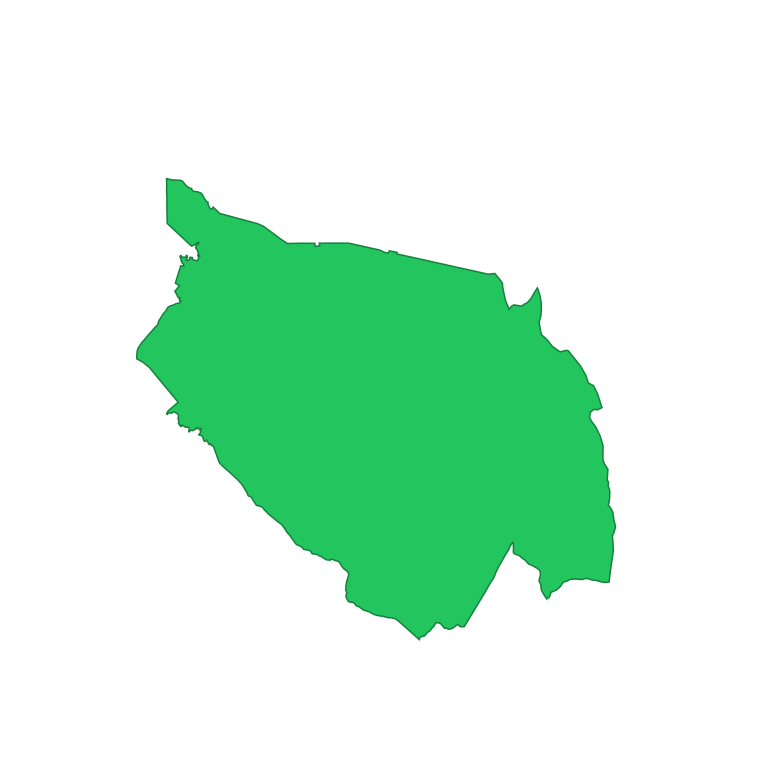 the district of Solca, Suceava, Romania, rotated 226°
{"feature_id": "2599482B53673955523136", "entity_name": "Solca", "entity_type": "district", "adm_level": 2, "iso_a3": "ROU", "parent_name": "Romania", "parent_adm1": "Suceava", "projection": "albers", "projection_center": [25.836, 47.708], "detail": "fine", "context": "isolated", "style": "filled", "palette": "green", "viewbox_px": 768, "rotation_deg": 226, "n_neighbors": 0, "source": "geoboundaries", "source_scale": "gbopen_adm2", "svg_char_len": 6150}
<svg xmlns="http://www.w3.org/2000/svg" viewBox="0 0 768 768"><g transform="rotate(226 384 384)"><path d="M260.0,537.8L279.9,539.6L281.4,538.7L284.9,532.9L294.3,531.2L301.4,532.0L306.2,531.9L309.6,531.4L313.2,533.3L317.2,536.1L320.5,538.2L324.0,544.1L327.7,548.3L332.9,553.3L338.6,557.2L344.4,560.3L346.6,561.0L345.3,555.7L343.3,548.8L343.0,543.1L343.8,541.2L344.5,537.0L350.7,532.4L351.3,529.8L350.9,525.9L360.3,529.7L370.7,536.3L374.4,539.3L378.8,539.9L386.5,540.5L390.6,535.2L468.5,483.7L469.6,484.9L476.1,480.3L475.1,478.2L478.3,475.8L483.3,474.0L509.9,456.4L530.3,435.2L528.0,433.7L531.0,430.0L533.2,432.0L542.8,422.2L552.2,412.1L559.9,410.4L580.9,406.9L586.8,404.6L620.8,384.3L629.9,384.0L629.2,381.6L630.9,380.8L635.1,382.0L637.2,383.7L637.6,383.2L641.2,383.4L644.5,384.3L646.0,384.8L648.5,385.0L651.8,383.4L655.3,380.6L656.3,380.5L657.1,380.7L657.6,381.2L658.5,381.4L659.5,380.4L662.4,379.7L664.8,379.5L669.5,379.9L670.8,379.6L672.0,379.0L675.9,375.4L677.1,374.1L680.7,371.5L682.7,370.5L682.8,370.2L677.8,365.7L675.1,362.8L671.6,359.8L670.5,358.5L668.7,357.5L667.8,356.3L662.8,351.4L650.8,340.2L649.9,339.6L616.9,341.3L615.8,343.9L615.0,348.7L615.0,349.0L614.6,349.1L614.1,348.7L613.9,347.5L614.5,346.5L614.6,345.9L614.0,345.2L613.9,344.6L613.1,344.0L613.0,343.4L612.8,343.1L612.0,342.9L610.0,342.9L609.5,342.3L607.3,341.8L607.2,341.1L606.8,340.7L605.6,340.7L603.9,340.2L604.0,340.0L604.8,340.0L605.8,339.4L603.7,338.4L602.6,337.0L602.5,336.6L602.5,335.7L602.7,334.9L603.6,334.5L603.9,334.0L606.4,332.9L607.2,332.9L607.6,333.8L607.9,334.0L609.5,333.0L609.8,332.5L609.8,331.8L608.8,331.3L608.6,330.7L609.2,328.9L610.2,327.8L610.6,327.9L610.8,328.2L611.8,330.8L612.9,331.4L613.8,331.3L613.7,330.9L613.0,329.9L613.1,329.2L613.4,328.8L614.3,328.2L615.0,327.1L615.3,326.9L616.1,326.8L616.5,327.2L617.4,327.2L617.7,327.0L617.7,326.0L611.9,323.0L609.0,322.6L607.7,321.8L610.3,319.8L609.0,317.8L607.0,313.9L601.6,304.2L601.0,304.0L596.8,305.2L595.9,297.9L594.4,297.9L593.5,297.2L592.0,297.0L590.2,296.2L588.8,296.3L587.6,297.2L587.6,295.9L587.3,295.6L586.5,295.5L585.8,294.9L585.4,295.0L585.1,295.3L584.9,295.7L584.7,295.7L584.7,295.0L584.9,294.8L584.9,294.5L584.4,293.3L586.6,289.5L586.6,288.4L588.6,284.6L589.0,283.4L589.3,281.7L589.0,280.5L588.2,278.2L587.9,274.5L587.4,272.1L586.3,267.8L586.2,266.9L585.4,265.0L584.0,262.8L583.8,261.8L583.9,258.4L583.6,256.5L583.2,251.7L583.1,249.0L582.4,243.4L582.1,238.4L581.1,234.7L580.9,233.0L579.8,230.4L579.1,229.3L578.2,228.2L574.2,223.8L573.6,223.7L567.2,225.7L559.2,226.7L513.9,223.3L514.6,210.2L514.5,209.4L514.0,208.5L514.0,207.5L513.2,207.0L512.8,207.0L512.5,207.2L512.5,207.5L513.2,208.7L513.2,208.9L510.7,210.8L510.4,211.5L509.9,213.4L509.6,213.8L505.6,214.8L503.9,214.2L503.1,213.2L502.4,211.9L500.8,211.2L499.5,210.1L498.6,208.9L498.0,208.7L496.7,208.8L496.0,208.2L495.2,208.3L494.2,208.7L494.2,209.0L494.8,209.8L494.4,210.4L490.8,211.2L489.5,212.4L489.1,213.1L488.7,213.6L488.3,213.7L487.8,213.6L486.0,211.2L485.6,210.6L485.1,210.5L484.8,210.9L485.1,212.0L485.1,212.5L484.5,213.2L483.1,214.2L482.9,214.7L483.0,216.0L482.3,217.0L482.6,217.6L482.3,219.5L482.0,219.6L481.6,219.1L481.0,219.0L480.1,219.9L479.4,220.2L479.2,220.6L479.4,221.0L479.2,221.3L478.6,221.5L478.3,221.1L478.4,220.1L478.2,219.2L477.0,219.0L476.6,218.5L476.6,218.0L476.1,216.8L476.1,216.2L476.3,215.7L476.0,215.5L473.1,217.1L471.8,216.8L468.8,215.2L467.6,215.1L467.1,215.3L466.9,215.7L466.8,217.4L462.0,216.2L461.7,216.6L461.5,218.0L460.4,217.3L459.7,217.2L459.1,217.4L458.5,218.1L457.2,217.8L443.7,211.7L442.4,211.2L440.5,210.8L432.3,211.1L428.3,211.6L417.7,212.2L411.8,212.1L410.1,212.0L400.6,209.8L398.0,208.7L396.9,209.0L395.7,209.8L394.9,209.8L385.8,208.0L385.1,208.1L382.3,209.8L379.7,210.9L376.2,210.5L370.7,210.6L358.8,211.9L354.5,212.7L353.3,212.7L349.9,212.3L345.1,211.3L340.1,211.0L336.9,210.4L333.7,210.1L330.7,209.5L329.0,209.6L324.7,211.4L322.0,211.6L320.6,211.4L318.2,213.4L315.8,214.8L314.4,215.0L312.0,214.4L311.4,214.6L309.5,216.3L307.4,217.6L305.2,218.0L304.1,218.8L297.9,220.2L295.1,222.5L294.5,223.3L294.4,224.1L294.1,224.9L293.5,225.3L291.3,226.0L288.6,227.7L287.7,228.0L286.9,228.0L281.1,226.8L279.1,226.7L275.1,227.4L273.6,227.3L272.3,226.7L271.2,225.9L270.3,224.5L267.6,219.5L264.9,216.0L263.6,214.8L263.0,213.9L262.3,213.3L259.7,212.1L257.7,209.1L256.4,208.4L252.9,207.4L251.4,207.6L248.4,209.9L247.3,210.4L244.2,210.0L242.9,210.3L241.2,211.3L235.8,212.2L230.1,215.3L227.6,215.8L224.0,217.3L220.9,219.3L216.8,222.4L212.7,224.9L211.4,226.4L206.9,229.2L202.9,229.8L175.6,231.8L176.7,233.9L176.6,234.6L175.9,236.1L174.6,238.0L174.7,239.5L175.1,243.2L174.6,244.7L174.7,247.0L175.2,249.9L175.1,251.4L175.1,252.0L175.6,252.9L176.1,255.3L175.7,256.1L174.8,257.0L172.2,258.3L168.9,258.1L167.5,257.8L166.5,257.9L164.4,259.4L162.6,260.2L161.6,261.5L161.0,263.0L160.3,265.3L160.3,267.0L159.8,269.9L159.3,270.3L157.7,270.0L156.8,270.2L155.7,270.9L153.7,273.2L164.1,312.3L167.3,323.2L167.7,325.7L168.3,327.7L168.4,328.7L170.8,333.7L172.7,338.9L176.0,350.0L178.4,359.1L179.7,362.0L180.8,366.3L180.3,366.8L176.5,363.6L173.5,360.5L172.8,360.0L171.5,359.8L170.7,360.1L167.3,361.8L165.8,362.2L163.0,362.4L159.8,363.1L155.1,363.0L153.5,363.1L151.4,364.3L145.2,366.1L142.9,366.5L141.1,366.1L139.0,364.9L137.1,362.7L135.5,359.6L134.4,358.6L132.0,358.0L129.9,356.7L126.8,354.2L123.1,353.1L116.4,351.7L115.8,354.1L116.4,356.5L117.7,358.6L118.0,360.2L117.2,361.5L116.8,363.2L116.2,364.4L115.8,367.8L115.9,369.0L115.8,370.5L116.6,373.3L116.8,375.2L116.4,376.6L115.3,378.3L114.0,382.4L111.2,385.8L105.7,390.7L105.2,391.5L104.8,392.9L104.1,393.8L103.0,394.9L100.7,396.6L99.0,397.1L98.0,397.8L96.9,398.9L94.7,400.6L90.9,402.7L89.6,403.6L88.0,404.9L85.2,408.3L93.2,418.2L104.9,433.3L112.0,439.5L116.1,442.7L117.5,446.5L120.6,451.5L126.3,454.8L132.6,459.4L137.8,461.0L141.2,461.3L142.7,464.0L146.1,468.0L149.9,471.8L151.9,473.1L154.9,474.4L157.2,477.2L160.0,478.0L167.1,485.8L174.2,487.3L178.2,489.5L187.3,498.6L196.3,503.3L205.7,506.4L213.0,507.4L217.1,508.6L220.3,512.9L220.0,517.3L217.0,519.8L215.6,524.4L228.6,530.8L237.2,533.5L242.9,531.7L249.5,535.0L260.0,537.8Z" fill="#22c55e" stroke="#15803d" stroke-width="1.5"/></g></svg>